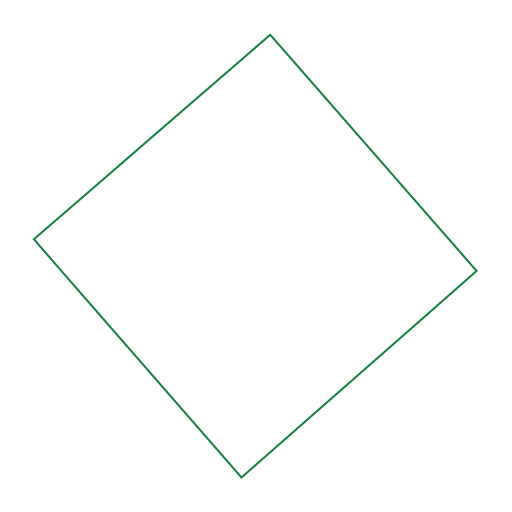 Limay Mahuida, La Pampa, Argentina, rotated 50°
{"feature_id": "61730980B5115619218657", "entity_name": "Limay Mahuida", "entity_type": "district", "adm_level": 2, "iso_a3": "ARG", "parent_name": "Argentina", "parent_adm1": "La Pampa", "projection": "natural_earth1", "projection_center": [-66.628, -37.241], "detail": "fine", "context": "isolated", "style": "outline", "palette": "green", "viewbox_px": 512, "rotation_deg": 50, "n_neighbors": 0, "source": "geoboundaries", "source_scale": "gbopen_adm2", "svg_char_len": 396}
<svg xmlns="http://www.w3.org/2000/svg" viewBox="0 0 512 512"><g transform="rotate(50 256 256)"><path d="M100.4,415.4L167.4,414.2L260.5,412.4L277.2,412.1L416.3,409.5L414.4,324.9L413.5,284.3L411.6,197.4L410.7,159.1L409.2,96.6L355.4,97.7L100.1,102.8L95.7,102.9L95.7,103.3L97.0,190.3L97.9,250.6L98.5,289.1L99.3,341.4L99.5,353.4L100.4,415.4Z" fill="none" stroke="#15803d" stroke-width="2"/></g></svg>